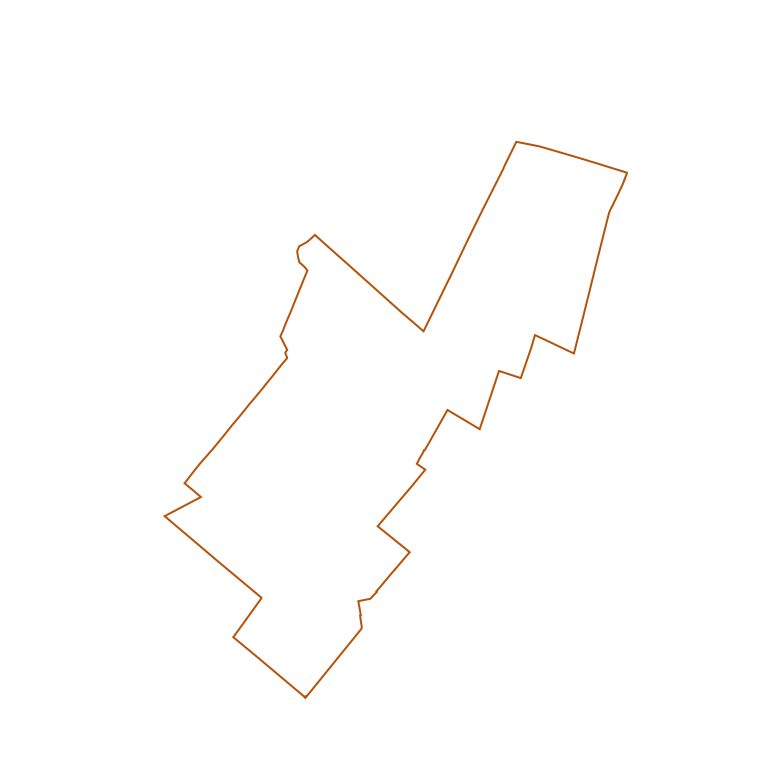 the district of Goicea, Dolj, Romania, rotated 122°
{"feature_id": "2599482B52312852000830", "entity_name": "Goicea", "entity_type": "district", "adm_level": 2, "iso_a3": "ROU", "parent_name": "Romania", "parent_adm1": "Dolj", "projection": "equal_earth", "projection_center": [23.601, 43.927], "detail": "fine", "context": "isolated", "style": "outline", "palette": "amber", "viewbox_px": 768, "rotation_deg": 122, "n_neighbors": 0, "source": "geoboundaries", "source_scale": "gbopen_adm2", "svg_char_len": 2256}
<svg xmlns="http://www.w3.org/2000/svg" viewBox="0 0 768 768"><g transform="rotate(122 384 384)"><path d="M612.3,500.0L612.9,495.9L613.0,495.3L617.8,462.3L622.3,431.7L630.1,375.1L630.6,374.4L678.6,377.6L682.7,347.1L691.4,285.7L691.1,285.5L690.4,285.0L691.8,285.0L691.9,284.3L603.4,273.4L601.5,274.3L596.5,278.7L592.9,281.6L592.4,281.1L581.8,290.7L573.3,281.7L565.8,280.3L564.1,279.9L564.0,280.2L563.9,280.6L551.8,278.8L538.7,277.0L537.9,276.8L525.1,274.9L513.0,273.1L508.2,312.3L508.0,314.0L481.8,310.1L481.6,310.1L470.2,308.4L456.9,306.4L434.8,303.6L434.3,313.9L430.6,314.1L429.5,314.3L427.2,314.4L423.1,314.5L421.8,314.6L421.2,314.7L419.6,314.8L419.3,314.9L419.1,315.0L418.8,314.4L417.8,314.4L417.5,314.4L416.7,314.4L415.5,314.5L412.0,314.6L411.4,314.6L394.3,315.4L372.4,316.4L372.2,307.2L371.6,278.9L357.1,282.4L356.2,282.6L334.2,288.0L312.0,293.4L306.5,271.1L283.2,276.5L275.7,278.2L262.6,281.9L262.3,279.9L260.6,265.9L259.9,259.6L257.7,240.8L257.4,239.1L256.5,239.4L244.7,243.2L225.2,249.5L219.7,251.3L196.0,259.0L184.8,262.7L180.1,264.2L172.6,266.7L148.3,274.6L139.0,277.6L134.3,279.1L123.2,282.7L118.8,284.0L116.7,284.3L110.3,284.9L99.8,286.0L89.7,287.2L82.9,288.3L82.3,288.3L82.7,288.5L77.1,289.5L76.1,290.0L76.3,290.9L87.1,331.6L93.8,355.8L100.0,377.7L108.5,400.1L137.0,397.2L137.6,396.9L183.9,392.7L217.1,389.3L258.3,384.6L258.2,384.7L318.3,378.4L317.5,383.9L316.8,388.2L314.0,406.9L301.7,477.7L299.8,489.3L294.6,519.3L294.2,521.6L302.3,523.8L305.7,525.2L312.2,528.9L317.4,528.0L321.1,524.9L323.9,522.1L325.8,520.0L326.2,516.7L327.2,512.1L328.5,509.0L335.3,507.9L353.6,504.7L362.8,503.1L371.3,501.5L380.6,500.1L387.2,499.0L389.4,498.6L390.9,498.1L398.5,497.2L405.7,485.2L406.4,484.1L407.2,484.3L408.3,484.4L409.8,484.2L410.8,483.3L412.6,480.6L413.3,480.0L413.4,479.9L414.2,480.0L419.6,480.8L423.6,481.3L427.2,481.7L432.5,482.3L438.0,482.9L443.9,483.7L451.0,484.5L455.1,485.0L458.7,485.5L461.0,485.8L464.4,486.3L468.0,486.8L471.5,487.3L472.3,487.5L477.2,488.0L484.6,488.9L488.5,489.4L496.9,490.6L497.9,490.8L507.5,491.9L521.5,493.6L523.4,493.9L530.6,494.8L535.6,495.7L535.8,495.7L548.5,497.8L559.7,499.1L562.1,499.4L562.6,499.4L573.9,500.5L575.1,491.3L575.6,487.9L576.9,479.4L612.3,500.0Z" fill="none" stroke="#b45309" stroke-width="2"/></g></svg>